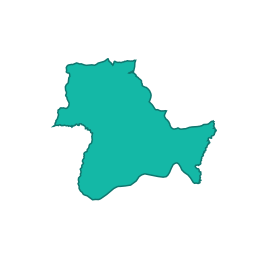 outline of Paya, Boyacá, Colombia, rotated 56°
{"feature_id": "7082276B35897669822382", "entity_name": "Paya", "entity_type": "district", "adm_level": 2, "iso_a3": "COL", "parent_name": "Colombia", "parent_adm1": "Boyacá", "projection": "albers", "projection_center": [-72.391, 5.626], "detail": "fine", "context": "isolated", "style": "filled", "palette": "teal", "viewbox_px": 256, "rotation_deg": 56, "n_neighbors": 0, "source": "geoboundaries", "source_scale": "gbopen_adm2", "svg_char_len": 5690}
<svg xmlns="http://www.w3.org/2000/svg" viewBox="0 0 256 256"><g transform="rotate(56 128 128)"><path d="M84.9,188.9L85.1,188.5L85.3,186.8L85.6,186.1L86.4,184.8L87.1,184.2L86.9,183.8L87.2,182.6L87.6,182.2L88.0,182.3L88.2,182.0L88.6,182.0L88.9,181.8L89.4,181.0L89.4,180.6L89.9,180.1L90.0,179.2L91.8,177.8L92.1,176.9L92.8,176.4L93.2,176.3L93.1,175.8L94.4,174.7L94.9,173.9L94.7,173.2L95.1,173.2L95.5,173.9L95.9,174.0L95.9,173.6L95.6,172.9L95.7,172.7L95.7,172.1L96.0,171.5L95.8,171.0L96.1,170.7L96.2,170.2L95.9,169.3L95.9,168.7L96.3,168.3L97.3,168.3L97.7,167.7L98.1,167.6L98.4,167.3L98.3,166.7L97.7,166.7L97.4,166.4L97.6,165.4L98.1,165.0L98.5,164.3L99.8,164.3L100.3,163.4L101.1,163.3L102.1,162.8L103.2,162.7L103.6,163.0L104.2,163.1L104.5,163.5L104.8,163.7L105.1,163.3L105.2,162.7L104.9,162.3L105.3,161.6L105.7,161.5L106.9,162.5L107.5,161.6L108.2,161.4L108.2,160.7L108.4,160.4L108.7,160.4L110.8,161.3L111.5,161.1L112.0,160.7L112.1,160.3L112.4,160.2L112.7,160.4L112.9,161.0L114.2,161.9L114.4,162.3L114.7,162.7L115.8,163.2L116.4,163.6L117.6,164.1L119.8,166.3L120.2,167.2L120.1,168.0L120.2,169.1L120.9,170.1L121.7,170.8L122.5,171.8L122.8,172.5L123.0,173.7L124.6,175.2L124.6,175.5L124.2,176.2L124.1,177.7L124.4,178.5L124.7,178.9L125.0,179.2L126.2,179.4L126.8,180.4L128.3,181.1L129.1,183.2L129.9,184.3L130.7,184.5L132.0,184.5L132.4,184.7L132.6,185.0L132.7,186.0L133.1,187.1L134.9,188.4L135.2,190.1L135.4,190.6L136.5,190.8L138.2,191.5L138.8,192.0L139.5,193.2L140.9,193.8L141.2,194.2L141.4,195.4L141.6,195.9L141.8,196.9L143.3,198.2L145.5,199.0L146.0,200.2L146.2,200.5L146.8,200.7L148.9,201.0L150.7,202.3L151.8,202.5L153.8,202.6L155.8,202.0L158.1,202.1L159.6,201.2L161.7,199.5L162.4,199.4L167.7,197.5L168.9,195.1L170.9,192.3L171.3,190.4L171.2,183.0L170.2,173.6L170.6,170.0L171.1,168.5L172.0,167.2L174.5,162.6L176.8,157.7L176.5,150.8L174.5,146.0L174.5,142.8L175.4,139.7L185.0,130.2L188.4,126.3L189.7,123.5L189.4,121.4L188.0,118.3L185.6,114.7L183.6,111.0L183.6,108.6L184.3,106.9L186.1,106.1L189.7,106.2L192.8,106.8L196.2,106.2L200.5,104.5L204.2,104.1L209.5,104.3L211.0,103.8L211.8,102.2L213.2,100.9L213.6,99.3L213.5,98.9L213.3,98.7L213.0,98.7L212.6,99.2L212.0,98.3L211.6,98.1L212.1,97.5L212.2,96.9L211.9,96.8L211.3,97.3L210.6,97.2L209.7,95.8L209.5,95.7L208.9,95.8L208.6,95.4L207.9,95.2L207.6,94.7L207.5,93.7L206.9,93.2L206.2,93.1L205.3,92.3L205.0,92.3L204.6,92.9L204.2,93.3L203.7,93.2L202.8,92.6L201.3,92.4L200.2,93.6L198.5,93.9L197.3,93.7L197.0,93.1L196.8,92.4L197.2,92.0L197.5,90.9L197.8,90.7L198.4,90.6L198.5,90.3L198.5,90.0L198.1,89.5L198.5,88.6L198.3,87.7L198.1,87.5L197.0,87.0L196.6,86.6L196.1,86.1L195.9,85.2L194.8,84.7L194.5,83.9L193.4,83.3L193.2,82.8L193.2,81.7L192.9,81.1L192.7,80.8L191.8,80.8L191.5,80.4L191.6,79.8L191.3,79.3L190.4,78.7L190.8,78.0L190.0,77.5L190.1,76.4L190.0,76.0L189.4,75.7L188.9,75.2L188.2,75.1L187.8,74.6L188.1,73.5L187.5,73.0L186.1,70.9L186.3,70.1L185.8,69.7L185.7,69.5L186.0,68.9L185.9,68.5L185.5,68.3L184.8,68.5L183.9,68.1L183.5,68.1L183.2,68.3L183.0,68.8L182.7,68.1L181.5,67.2L181.4,66.2L181.7,65.7L183.0,64.8L183.1,64.4L182.7,64.1L181.8,63.8L181.4,63.2L181.9,61.7L181.7,60.2L181.3,60.0L180.9,59.3L180.5,59.1L180.4,58.5L179.7,57.9L179.7,57.4L179.0,57.0L179.5,56.4L179.4,56.3L178.9,56.1L178.5,56.4L178.0,56.5L177.0,56.2L176.8,56.5L176.5,56.5L176.2,56.9L176.1,56.3L176.0,56.1L174.6,56.0L174.3,55.7L174.1,55.9L173.9,55.8L173.6,55.1L172.7,54.1L171.4,54.1L170.8,53.9L170.7,53.4L170.4,53.7L169.8,53.5L169.8,54.0L169.2,55.2L169.6,58.6L169.5,59.5L168.9,60.9L167.6,63.0L167.4,63.6L167.4,65.4L166.4,68.3L166.1,68.6L165.7,69.6L162.9,74.4L161.8,76.8L160.9,80.5L160.0,82.0L159.1,83.8L158.6,84.7L157.7,85.6L156.3,86.2L155.8,86.7L155.7,87.9L154.9,89.9L154.2,90.9L153.2,91.5L151.4,91.9L150.7,91.9L149.1,91.6L147.8,91.1L145.3,90.8L142.8,91.1L142.0,91.5L139.2,91.4L138.0,90.8L137.3,90.0L136.1,88.1L135.3,86.6L134.6,87.3L133.8,88.9L132.3,91.2L130.9,92.3L129.8,92.9L129.3,93.3L128.6,94.5L127.9,95.0L125.6,95.0L123.7,94.9L121.9,95.0L118.1,95.8L117.9,95.3L115.9,92.6L115.2,91.8L113.7,90.5L112.0,89.8L109.2,89.3L107.0,89.5L104.7,90.1L103.7,91.0L102.6,91.7L101.8,92.1L100.8,92.5L99.4,91.6L98.6,91.6L98.1,91.4L97.7,91.4L97.4,91.1L96.5,90.5L94.9,90.6L93.5,91.2L91.9,91.4L90.8,91.9L89.8,92.0L89.5,92.4L88.9,91.9L88.0,91.8L85.9,92.5L84.8,92.3L84.6,92.5L84.7,93.3L84.1,93.9L83.9,94.3L83.7,94.6L83.6,95.8L83.4,95.9L83.3,96.2L82.9,96.6L82.8,96.1L83.3,95.6L83.1,94.8L83.6,93.4L83.4,92.9L83.5,92.5L83.4,92.1L83.9,91.6L83.9,91.4L80.9,88.2L77.3,85.5L77.2,85.0L76.2,83.9L76.1,84.2L75.5,84.7L75.4,85.0L75.2,86.8L74.6,87.3L74.3,88.2L73.5,89.0L73.0,89.9L72.7,90.1L71.9,90.9L71.5,92.6L70.9,93.4L70.8,94.7L70.3,95.6L69.9,97.2L68.9,98.1L68.2,99.4L67.4,100.4L66.1,101.3L65.5,101.5L65.2,101.9L65.4,102.6L66.4,103.6L66.6,104.3L67.3,104.9L67.4,105.4L66.7,105.2L66.3,105.3L66.3,105.5L66.0,105.8L64.7,105.6L64.3,105.8L64.0,105.7L62.1,106.5L61.4,106.1L60.7,106.2L60.0,105.9L59.5,105.8L59.4,105.9L59.3,106.7L59.5,109.6L59.3,111.0L57.5,116.5L57.6,118.6L57.3,120.6L55.4,122.7L52.7,127.6L51.1,129.1L48.6,130.9L47.9,132.3L46.3,133.4L45.3,134.3L44.5,138.3L43.7,139.3L42.4,142.4L42.6,143.9L43.4,145.4L45.9,146.6L47.0,147.8L48.4,147.4L49.5,146.3L49.9,146.1L50.9,146.4L51.7,146.9L52.5,147.2L52.8,147.5L52.9,148.2L53.4,149.1L57.0,152.2L57.3,153.0L57.6,154.8L58.8,156.9L61.8,158.6L63.8,158.9L65.3,160.1L65.6,160.5L65.8,161.2L66.0,161.4L66.7,161.6L68.4,161.5L68.9,161.6L69.7,162.2L74.4,162.8L74.7,163.0L76.3,164.5L76.8,165.1L77.4,167.6L77.2,168.3L76.8,168.9L75.2,170.3L74.7,171.3L73.7,172.5L73.7,173.4L74.2,174.3L74.0,175.4L74.1,176.0L75.3,176.8L75.9,177.6L77.6,177.9L78.4,178.4L81.0,181.6L81.6,183.6L82.7,184.4L83.3,185.8L84.1,186.2L84.6,186.8L84.8,187.4L84.9,188.9Z" fill="#14b8a6" stroke="#0f766e" stroke-width="1.5"/></g></svg>